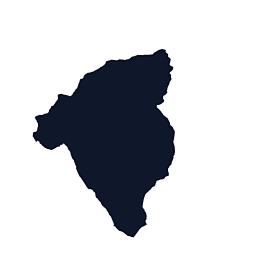 outline of Holbav, Brasov, Romania, rotated 131°
{"feature_id": "2599482B87347061012561", "entity_name": "Holbav", "entity_type": "district", "adm_level": 2, "iso_a3": "ROU", "parent_name": "Romania", "parent_adm1": "Brasov", "projection": "mercator", "projection_center": [25.358, 45.68], "detail": "fine", "context": "isolated", "style": "filled", "palette": "ink", "viewbox_px": 256, "rotation_deg": 131, "n_neighbors": 0, "source": "geoboundaries", "source_scale": "gbopen_adm2", "svg_char_len": 5820}
<svg xmlns="http://www.w3.org/2000/svg" viewBox="0 0 256 256"><g transform="rotate(131 128 128)"><path d="M149.1,201.8L151.0,199.7L151.8,199.2L153.9,198.8L155.2,198.9L157.8,198.4L158.8,198.5L160.0,198.3L161.0,198.3L162.0,197.9L162.0,198.4L161.5,199.1L161.6,199.3L161.9,199.3L162.8,198.9L163.9,198.7L165.5,198.7L166.4,198.4L167.4,197.7L168.5,197.5L169.6,197.7L170.6,198.2L171.4,198.9L172.2,199.3L172.8,199.9L173.5,199.9L175.1,200.8L176.6,202.7L178.0,203.5L178.5,203.7L178.9,204.1L179.4,204.1L179.8,204.4L180.6,204.6L180.9,204.3L181.1,203.4L181.5,202.8L181.5,202.1L181.6,201.6L182.1,201.0L182.4,200.5L182.7,199.3L183.0,198.6L183.5,198.0L185.2,196.4L187.2,195.6L188.2,194.9L189.2,194.3L190.4,194.3L191.0,194.1L191.9,194.1L192.3,195.1L193.7,195.8L194.1,195.5L194.5,195.1L196.1,194.1L196.1,193.6L197.8,188.9L197.0,189.1L196.1,189.0L196.2,188.0L195.8,186.8L195.8,186.5L195.7,186.2L195.9,185.5L196.7,184.4L196.6,183.2L196.5,182.5L196.8,180.9L196.7,180.8L196.8,180.3L196.7,180.1L196.6,179.6L196.7,179.4L196.6,178.5L196.7,178.1L196.7,177.8L196.4,177.1L196.2,176.9L196.2,176.3L195.9,175.3L194.6,172.9L194.5,172.0L193.8,171.6L192.7,171.2L191.2,170.5L189.7,170.1L188.9,170.0L187.9,169.2L186.7,168.7L186.4,168.2L185.2,168.8L184.5,168.5L184.0,167.7L183.4,167.5L182.8,167.8L182.4,167.7L181.6,167.1L181.2,166.6L181.0,166.0L181.3,163.9L181.2,162.4L181.3,161.5L181.7,160.4L182.5,159.2L183.2,155.5L185.0,153.4L185.2,152.7L186.0,151.6L186.4,150.0L186.8,150.0L187.3,147.0L187.9,146.4L189.7,143.2L190.7,140.8L191.9,140.4L194.6,134.9L195.6,132.5L195.5,131.7L197.9,123.2L198.9,120.3L199.2,117.9L198.1,116.7L197.3,114.7L197.3,113.4L197.8,112.3L197.7,110.0L199.9,107.6L200.7,106.2L200.2,105.8L200.6,104.7L201.1,102.2L201.2,99.7L202.1,98.2L202.6,96.7L202.7,94.8L202.7,91.1L203.3,90.1L204.2,86.6L205.0,85.4L205.4,82.4L209.1,75.1L209.7,74.3L210.3,74.4L210.0,72.7L210.5,70.6L210.5,68.4L210.6,67.3L210.0,66.3L209.1,63.6L208.8,57.4L208.0,56.8L208.0,56.4L207.2,53.9L206.5,53.5L206.4,52.8L196.3,53.6L193.3,53.3L191.7,52.4L188.8,51.4L188.4,52.8L187.4,54.1L186.5,54.9L184.8,54.9L184.5,55.7L182.9,56.5L181.3,58.5L180.7,59.6L181.0,60.4L180.2,61.4L179.6,62.3L179.5,62.7L179.3,64.5L178.7,65.5L178.3,66.0L177.2,66.9L176.6,67.0L176.2,67.5L173.5,69.0L172.0,70.0L170.3,70.7L167.6,71.9L167.3,72.2L167.1,72.0L165.7,72.2L164.7,72.2L162.8,71.7L162.0,71.9L159.7,71.4L157.9,71.6L156.4,71.5L155.6,71.3L154.9,70.7L154.5,70.6L153.9,70.8L153.1,70.8L152.4,71.3L151.0,71.7L150.6,72.0L149.2,72.5L147.9,71.9L147.1,71.3L145.2,70.4L144.8,70.1L144.0,69.2L143.0,68.5L141.9,68.2L140.8,68.5L140.3,68.5L139.3,68.1L137.4,67.0L137.1,66.9L136.8,67.3L135.8,68.2L135.1,69.7L133.4,71.3L132.9,71.7L132.0,72.0L130.8,71.9L130.2,72.3L129.7,72.4L128.9,72.4L127.6,72.1L127.2,72.2L124.4,73.7L123.3,73.8L121.5,74.6L121.0,74.6L120.8,75.3L120.5,75.6L118.8,76.1L118.1,76.1L117.9,76.2L117.7,76.7L116.4,77.0L116.1,77.3L115.3,77.8L114.8,78.4L114.3,78.6L114.3,79.0L113.8,79.5L113.4,79.6L111.7,81.5L111.4,81.9L111.0,82.9L110.5,83.4L109.3,85.5L108.1,85.8L107.2,86.5L106.1,86.9L105.3,87.7L104.5,88.0L102.2,89.6L101.7,89.8L100.9,90.7L100.6,90.9L100.1,91.7L99.9,92.6L99.2,94.2L99.0,94.4L98.7,95.3L98.8,98.6L98.4,98.9L98.0,99.5L97.3,100.0L95.4,104.7L95.5,105.5L95.8,106.1L95.6,106.4L95.6,107.2L95.8,107.8L95.6,108.5L95.8,109.0L95.7,109.9L95.2,111.3L95.3,112.0L95.0,112.5L94.9,113.4L94.6,114.0L94.4,116.3L94.2,116.9L94.3,118.3L94.2,118.9L94.4,119.3L94.3,119.6L94.6,119.7L94.6,120.2L94.7,120.7L93.6,120.8L93.3,121.0L92.6,121.8L92.1,121.8L91.4,122.0L91.1,121.9L90.0,120.5L87.8,119.4L86.7,119.2L86.0,119.3L85.5,118.9L85.1,118.9L84.4,119.1L83.8,119.5L83.8,120.9L83.7,121.2L83.6,121.4L82.6,121.8L82.2,122.3L81.7,122.6L80.8,123.4L79.6,122.9L78.6,122.3L75.9,122.3L75.4,122.7L75.3,123.4L74.8,123.9L74.2,124.1L73.4,124.3L72.5,125.0L71.3,125.5L70.7,125.8L69.0,126.1L67.4,126.7L67.3,126.9L67.3,127.2L67.2,127.4L66.0,127.3L65.2,127.5L63.7,127.6L63.3,127.8L62.9,128.0L62.5,128.7L62.4,129.3L60.6,130.5L60.2,131.1L60.4,132.1L59.8,133.2L59.6,133.3L59.1,133.6L57.6,133.6L56.6,133.3L55.8,133.2L55.3,133.4L54.9,133.2L54.6,133.4L53.6,133.7L53.4,133.9L53.1,134.5L53.4,135.1L53.8,136.2L53.8,137.0L53.9,137.6L53.4,138.7L51.8,139.8L50.8,140.1L49.5,141.0L48.8,141.2L48.6,141.4L48.5,142.4L48.6,143.2L48.7,144.2L48.6,145.1L48.3,145.4L47.5,145.8L46.7,146.6L46.7,147.3L46.9,148.2L46.8,149.1L46.4,150.1L46.1,150.5L45.4,150.7L45.4,151.1L46.4,153.4L47.6,154.3L48.8,155.0L49.3,155.1L49.7,155.5L52.8,156.4L53.5,156.7L53.8,156.7L54.2,157.0L55.6,156.9L56.9,157.1L57.7,158.1L58.4,158.5L59.4,159.7L60.1,160.2L62.0,162.6L62.4,162.8L62.5,163.1L63.2,163.7L63.8,163.8L64.1,164.2L64.2,164.6L65.2,166.0L65.8,166.2L66.3,167.3L66.9,167.9L67.3,168.1L67.7,168.5L68.1,168.4L68.6,168.6L69.0,168.9L69.2,169.3L69.8,169.4L70.1,169.7L70.7,169.8L70.9,170.0L71.1,170.7L71.4,170.8L72.0,170.9L72.5,171.3L73.4,171.2L74.5,171.5L74.9,171.7L76.0,172.0L77.5,173.3L79.7,174.8L80.0,175.4L80.2,176.1L80.7,176.9L81.3,177.4L82.0,178.6L82.4,178.8L82.5,179.1L83.1,179.1L84.4,180.0L85.4,181.1L87.0,183.7L87.3,183.9L88.0,184.9L89.0,185.2L89.9,186.1L90.8,186.4L91.3,187.0L92.0,187.4L92.3,187.4L93.6,186.7L95.3,186.6L96.1,186.4L97.5,187.0L100.0,187.5L100.3,188.0L101.0,187.9L101.9,188.3L103.6,188.7L103.9,188.6L104.6,188.9L104.7,189.2L105.2,189.2L105.7,189.7L106.1,189.7L106.9,190.1L107.7,190.2L109.9,191.5L110.7,192.1L111.5,192.3L111.7,192.6L112.1,192.6L112.8,193.4L112.9,193.8L114.0,194.2L114.5,194.0L114.8,194.4L115.5,194.7L117.7,194.7L118.4,194.2L119.3,193.9L119.8,194.0L120.9,194.0L121.5,194.3L121.9,194.9L122.2,195.2L122.8,195.2L123.2,195.1L124.8,194.2L127.4,193.5L128.1,192.8L129.5,192.6L131.1,191.6L132.0,191.9L133.4,192.0L135.9,191.6L137.2,191.7L138.8,191.1L139.1,191.2L140.4,191.2L141.5,191.4L142.0,191.4L142.6,192.1L143.0,192.8L143.2,193.5L144.4,196.1L145.9,198.5L146.0,199.1L146.3,199.9L148.3,201.7L149.1,201.8Z" fill="#0f172a" stroke="#020617" stroke-width="1.5"/></g></svg>